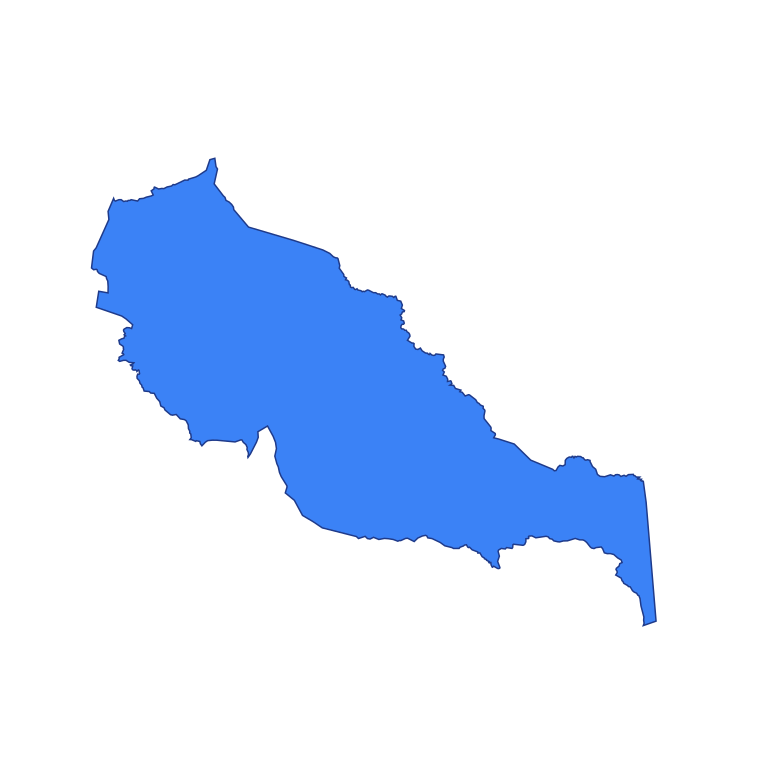 Tlacoapa, Guerrero, Mexico (Natural Earth projection), rotated 280°
{"feature_id": "50627088B33975592508393", "entity_name": "Tlacoapa", "entity_type": "district", "adm_level": 2, "iso_a3": "MEX", "parent_name": "Mexico", "parent_adm1": "Guerrero", "projection": "natural_earth1", "projection_center": [-98.789, 17.209], "detail": "fine", "context": "isolated", "style": "filled", "palette": "blue", "viewbox_px": 768, "rotation_deg": 280, "n_neighbors": 0, "source": "geoboundaries", "source_scale": "gbopen_adm2", "svg_char_len": 6145}
<svg xmlns="http://www.w3.org/2000/svg" viewBox="0 0 768 768"><g transform="rotate(280 384 384)"><path d="M409.6,87.3L405.4,113.9L403.3,118.6L398.7,126.2L394.8,125.8L395.2,123.5L394.9,120.9L392.9,118.5L391.9,118.1L390.6,118.6L388.7,120.4L387.3,119.5L386.5,121.1L386.0,120.3L383.9,119.9L383.0,117.9L381.0,115.3L377.5,116.7L376.0,120.2L375.1,121.0L374.1,121.0L373.0,121.6L368.9,120.7L368.5,122.1L367.7,122.6L364.3,118.5L362.7,118.8L361.1,118.2L360.4,119.8L362.1,123.4L362.5,125.9L361.1,129.3L361.5,134.0L360.4,133.5L358.7,130.9L358.1,131.5L358.1,133.4L355.2,133.2L354.4,134.0L354.2,135.5L354.8,136.5L354.3,138.1L353.5,138.5L355.2,139.6L355.0,140.3L351.7,141.5L351.1,141.1L350.9,139.7L348.7,139.4L346.7,139.9L344.7,142.5L342.3,143.6L340.9,145.5L338.8,146.4L338.4,147.4L335.4,149.0L335.8,154.2L334.6,155.8L334.9,159.4L330.6,162.6L327.7,166.2L323.6,168.0L322.4,171.5L320.4,172.8L316.7,179.1L316.6,181.1L317.9,184.7L314.3,189.4L314.3,193.6L313.5,195.5L309.8,198.3L306.0,199.2L304.0,200.8L302.0,201.2L301.2,202.4L297.6,203.5L295.6,202.5L295.8,204.0L294.8,208.6L295.6,209.0L295.4,212.6L293.2,213.6L291.5,215.4L295.7,218.2L297.6,220.2L298.9,224.8L299.6,229.1L301.1,247.4L304.1,252.7L304.2,253.8L302.1,255.6L300.4,258.5L297.8,260.3L295.7,260.4L292.9,262.3L290.7,262.8L289.1,262.4L288.1,262.8L292.0,264.6L304.6,268.5L309.6,269.4L315.1,268.1L322.4,276.6L313.1,284.0L307.7,287.3L301.7,289.3L294.0,289.0L286.8,292.4L284.0,294.3L278.8,296.4L274.9,298.9L267.0,306.0L265.7,306.4L259.6,305.7L253.9,315.9L240.4,326.6L236.1,338.1L231.6,348.2L229.0,383.3L227.4,385.7L230.7,391.9L228.9,394.5L228.9,397.2L231.2,400.3L230.0,405.9L232.0,411.2L232.4,415.2L232.5,420.0L231.6,424.9L232.5,426.3L232.7,427.7L235.7,432.1L236.2,434.1L234.1,441.1L238.2,444.1L241.0,448.2L242.2,451.3L241.8,452.6L240.1,453.8L240.1,458.2L237.7,466.9L235.2,472.0L234.7,479.3L234.1,481.0L235.1,486.5L236.5,487.3L238.3,490.4L239.3,491.2L240.0,493.1L238.0,494.7L237.6,495.5L238.1,496.6L236.0,499.6L234.9,505.5L233.8,505.8L234.3,507.8L231.0,510.6L230.0,513.1L229.3,513.3L228.9,515.4L228.2,515.6L227.3,518.5L226.7,518.1L226.1,518.7L226.7,520.2L224.6,520.8L222.5,522.3L222.4,522.7L223.6,523.7L222.1,527.8L222.1,528.9L222.6,529.9L223.4,530.0L229.0,526.7L234.5,527.5L239.1,525.4L240.3,525.6L242.4,528.0L242.6,532.1L244.2,533.1L244.3,538.6L245.2,539.1L248.2,538.9L248.7,539.4L249.3,548.9L249.7,549.6L250.5,550.4L253.2,551.1L256.3,550.6L256.9,553.1L257.6,553.4L258.6,552.8L259.4,553.2L260.1,556.1L258.9,560.2L262.2,570.1L262.0,572.2L260.5,574.0L260.4,576.5L259.0,578.5L258.8,582.6L259.0,584.5L260.6,587.9L261.4,591.9L265.1,599.1L264.5,603.8L265.0,606.9L264.6,608.6L263.2,611.1L259.2,615.6L258.5,617.0L258.4,619.4L259.7,621.2L261.2,626.2L259.8,627.9L256.0,630.3L255.7,633.2L256.3,636.5L256.0,639.9L253.3,644.3L251.9,648.1L249.5,649.5L248.1,647.4L245.5,647.1L242.8,644.8L241.5,644.7L240.2,646.0L238.7,646.4L236.1,645.4L234.0,651.3L231.6,652.6L231.0,653.6L229.3,654.8L227.8,659.0L227.0,659.8L227.0,661.7L223.6,664.6L222.5,666.5L221.8,669.2L220.2,670.5L219.8,671.8L217.1,673.4L210.1,675.6L199.6,680.4L196.5,680.7L193.5,681.7L191.1,681.3L197.7,693.1L313.0,662.7L333.1,656.3L333.5,655.6L333.1,655.1L333.5,653.5L334.9,654.1L334.5,650.1L335.3,650.3L335.5,651.1L336.7,652.0L336.2,648.6L337.3,646.9L337.2,645.9L338.3,645.2L337.2,640.4L335.1,638.4L335.8,636.3L334.1,633.3L335.3,631.4L335.4,629.7L334.9,627.9L333.3,626.4L333.9,622.8L331.0,617.4L330.6,612.8L332.0,609.9L336.8,607.3L338.9,603.7L343.4,600.4L344.5,600.2L344.8,597.6L344.0,596.0L344.3,594.7L345.9,593.0L345.8,592.2L346.7,590.3L346.4,587.2L345.5,586.0L345.9,584.7L344.2,583.9L345.6,582.5L345.5,581.9L344.4,581.4L344.3,579.3L343.9,578.6L342.4,576.9L340.3,575.8L336.0,576.4L334.3,574.4L334.4,571.3L332.5,569.8L328.7,568.5L328.1,566.8L329.3,564.9L334.5,541.7L347.5,522.7L349.7,506.7L350.1,501.4L353.3,502.5L354.6,502.1L356.7,497.4L359.3,497.1L360.3,496.5L367.3,488.6L370.0,488.0L375.0,488.1L376.1,487.5L377.1,485.9L379.3,485.6L380.1,482.5L381.3,481.1L382.0,479.1L384.4,477.1L388.1,470.1L388.1,469.0L386.3,466.0L389.4,462.5L389.6,460.0L391.3,460.8L392.0,455.1L394.7,452.9L394.3,449.1L396.1,450.8L398.4,449.6L398.7,449.1L397.5,446.1L399.8,445.9L402.4,444.0L403.1,440.5L406.3,441.3L407.6,439.3L409.2,439.8L410.0,441.2L412.1,441.6L416.8,438.4L418.8,438.1L421.0,438.6L423.0,437.6L422.6,429.9L421.1,429.0L420.7,427.6L420.9,426.0L422.1,424.0L420.9,423.7L420.9,422.7L421.9,421.5L421.7,419.5L423.3,415.8L425.7,413.6L423.9,411.4L423.9,409.1L426.2,406.9L429.0,406.6L429.4,405.7L429.2,404.3L431.1,399.5L435.6,401.3L437.4,400.6L438.6,399.5L439.5,397.5L440.8,396.6L440.5,395.1L441.5,393.8L441.4,391.8L442.5,390.7L444.3,390.7L445.9,391.4L446.3,392.9L447.4,393.4L449.5,392.4L450.1,389.6L452.3,390.0L454.7,387.9L456.0,389.2L458.1,389.6L458.8,391.3L459.9,391.4L461.3,388.0L464.9,388.4L467.4,386.8L468.5,386.1L468.7,382.6L472.4,380.5L472.4,379.8L470.9,378.6L471.8,377.1L471.7,374.4L471.4,373.3L470.2,372.3L470.6,371.0L471.7,369.8L472.5,366.8L472.3,366.0L471.1,365.0L471.9,363.8L471.6,362.0L472.5,360.0L472.1,357.7L473.7,352.6L473.7,351.3L471.6,348.8L471.7,347.4L471.1,346.5L471.9,345.1L472.0,342.0L473.1,340.9L472.1,339.7L472.1,338.7L473.8,336.9L473.3,335.4L473.6,334.2L475.6,333.6L475.8,332.7L478.8,331.5L479.8,330.0L480.0,328.0L481.9,328.6L482.9,325.9L484.9,325.3L490.3,319.8L492.9,319.9L499.5,316.9L500.0,316.1L499.9,314.4L500.5,312.0L503.2,307.9L505.4,300.5L509.6,271.0L515.0,223.3L529.6,205.8L532.1,205.0L534.3,202.9L536.3,199.9L537.4,196.5L540.2,195.0L541.4,193.1L551.6,182.0L566.8,182.7L568.9,180.8L576.9,178.2L574.7,173.6L563.6,171.9L556.6,164.5L555.1,162.5L551.8,155.9L550.7,155.6L550.2,152.3L543.9,143.5L543.8,141.7L542.1,140.4L540.4,136.2L538.2,133.3L538.0,131.2L536.9,128.2L538.1,123.9L537.8,123.5L536.2,123.6L533.8,121.2L530.1,123.9L528.8,122.2L526.7,117.4L525.1,115.0L524.0,111.1L521.4,109.6L521.6,102.9L520.8,102.2L520.3,100.1L519.4,99.5L519.4,98.0L518.5,96.0L519.9,93.1L519.5,91.0L517.5,87.7L518.0,86.6L519.9,85.5L506.1,82.3L498.2,84.5L468.1,76.9L464.5,74.9L447.5,75.8L446.1,78.2L447.0,80.7L446.6,81.7L445.1,82.3L443.5,84.3L441.6,91.7L439.6,92.5L437.4,94.1L432.1,95.4L425.8,96.4L425.8,87.0L409.6,87.3Z" fill="#3b82f6" stroke="#1e3a8a" stroke-width="1.5"/></g></svg>